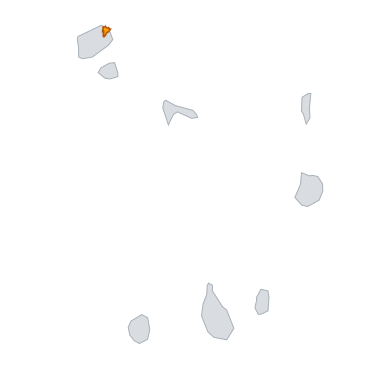 Nossa Senhora Do Rosario, Ribeira Grande, Cabo Verde (highlighted), rotated 6°
{"feature_id": "66160863B91585848329276", "entity_name": "Nossa Senhora Do Rosario", "entity_type": "district", "adm_level": 2, "iso_a3": "CPV", "parent_name": "Cabo Verde", "parent_adm1": "Ribeira Grande", "projection": "equal_earth", "projection_center": [-25.054, 17.15], "detail": "fine", "context": "in_parent", "style": "filled", "palette": "amber", "viewbox_px": 384, "rotation_deg": 6, "n_neighbors": 0, "source": "geoboundaries", "source_scale": "gbopen_adm2", "svg_char_len": 2832}
<svg xmlns="http://www.w3.org/2000/svg" viewBox="0 0 384 384"><g transform="rotate(6 192 192)"><path d="M247.9,323.2L242.0,335.3L229.0,334.3L222.3,329.3L214.4,314.1L214.7,302.3L217.4,292.1L216.9,283.3L218.0,280.9L222.0,282.5L222.7,288.4L234.5,303.0L238.9,305.9L247.9,323.2ZM78.7,68.2L69.2,70.9L65.2,69.6L63.9,59.2L62.0,52.3L62.4,49.2L84.2,35.8L91.9,38.0L97.3,48.7L93.6,54.7L78.7,68.2ZM298.9,161.3L307.1,163.7L310.2,162.9L315.4,163.4L321.0,170.3L322.0,177.6L319.3,186.8L308.5,194.4L302.3,193.5L294.9,186.6L299.1,173.0L298.9,161.3ZM163.2,343.2L155.5,348.2L150.2,346.0L145.1,340.8L142.7,333.3L144.7,326.8L154.9,319.2L161.1,321.7L164.4,333.5L163.2,343.2ZM184.4,110.7L188.5,114.6L189.8,117.3L183.8,118.8L169.2,113.8L165.4,116.8L161.5,127.7L154.1,111.3L154.6,105.2L156.2,103.5L166.5,107.8L184.4,110.7ZM273.5,306.2L270.8,306.7L266.7,300.8L267.6,292.5L267.1,290.4L270.7,281.6L277.8,282.4L279.6,288.9L280.0,302.3L273.5,306.2ZM106.3,85.0L98.3,88.2L93.3,87.8L86.2,83.1L88.4,78.1L96.2,72.6L101.5,71.4L105.8,81.3L106.3,85.0ZM301.6,105.9L298.5,112.6L294.6,102.8L292.5,100.4L291.5,86.3L297.1,82.0L299.9,81.7L300.0,96.3L301.6,105.9Z" fill="#d9dde1" stroke="#a8b0b8" stroke-width="1"/><path d="M86.1,37.4L86.2,37.5L86.3,37.7L86.4,37.8L86.5,37.9L86.5,38.0L86.6,38.3L86.5,38.5L86.6,38.8L86.6,39.0L86.6,39.3L86.5,39.5L86.4,39.6L86.5,39.7L86.5,39.8L86.4,39.9L86.4,40.0L86.3,40.3L86.2,40.4L86.2,40.5L86.2,40.8L86.2,41.0L86.2,41.3L86.3,41.4L86.3,41.5L86.4,41.4L86.5,41.2L86.8,41.1L87.0,41.2L87.0,41.3L87.1,41.5L87.0,41.8L87.1,42.0L87.3,42.0L87.2,42.2L87.2,42.4L87.2,42.7L87.2,42.8L87.3,42.8L87.4,43.0L87.5,43.0L87.5,43.3L87.5,43.5L87.5,43.8L87.6,44.0L87.7,44.3L87.6,44.5L87.5,44.8L87.5,45.0L87.4,45.0L87.5,45.2L87.6,45.3L87.7,45.6L87.6,45.8L87.6,46.0L87.4,46.2L87.5,46.3L87.8,46.3L88.0,46.2L88.1,46.3L88.3,46.4L88.6,46.4L88.6,46.5L88.7,46.4L88.7,46.1L88.8,46.1L89.0,46.0L89.1,45.9L89.2,45.7L89.3,45.6L89.4,45.3L89.5,45.3L89.5,45.2L89.5,44.9L89.6,44.7L89.7,44.4L89.8,44.2L90.0,44.0L90.0,43.9L90.0,43.7L90.1,43.4L90.2,43.2L90.3,43.2L90.5,42.9L90.6,42.7L90.8,42.4L91.0,42.1L91.3,41.9L91.5,41.8L91.8,41.7L92.0,41.6L92.1,41.4L92.3,41.3L92.3,41.2L92.5,41.0L92.5,40.9L92.6,40.7L92.8,40.5L92.8,40.4L93.0,40.2L93.2,39.9L93.2,39.7L93.3,39.6L93.2,39.5L93.2,39.4L93.3,39.3L93.3,39.1L93.4,38.9L93.5,38.9L93.7,38.7L93.4,38.7L93.2,38.4L93.2,38.2L92.9,38.0L92.7,38.0L92.7,37.9L92.4,37.9L92.5,37.9L92.4,37.9L92.2,37.8L92.1,37.7L92.1,37.8L92.1,37.7L92.0,37.4L92.0,37.5L92.0,37.8L91.9,37.8L91.7,37.8L91.4,37.8L91.2,37.8L90.9,37.7L90.7,37.7L90.3,37.6L90.1,37.5L90.0,37.4L89.9,37.4L89.7,37.3L89.5,37.2L89.3,37.0L89.2,36.9L88.8,36.8L88.6,36.7L88.4,36.5L88.4,36.4L88.3,36.5L88.2,36.7L88.2,36.8L87.9,36.8L87.7,36.9L87.6,37.0L87.4,37.1L87.2,37.1L86.9,37.3L86.8,37.2L86.7,37.3L86.4,37.1L86.2,37.2L86.1,37.3L86.1,37.4Z" fill="#f59e0b" stroke="#b45309" stroke-width="1.5"/></g></svg>